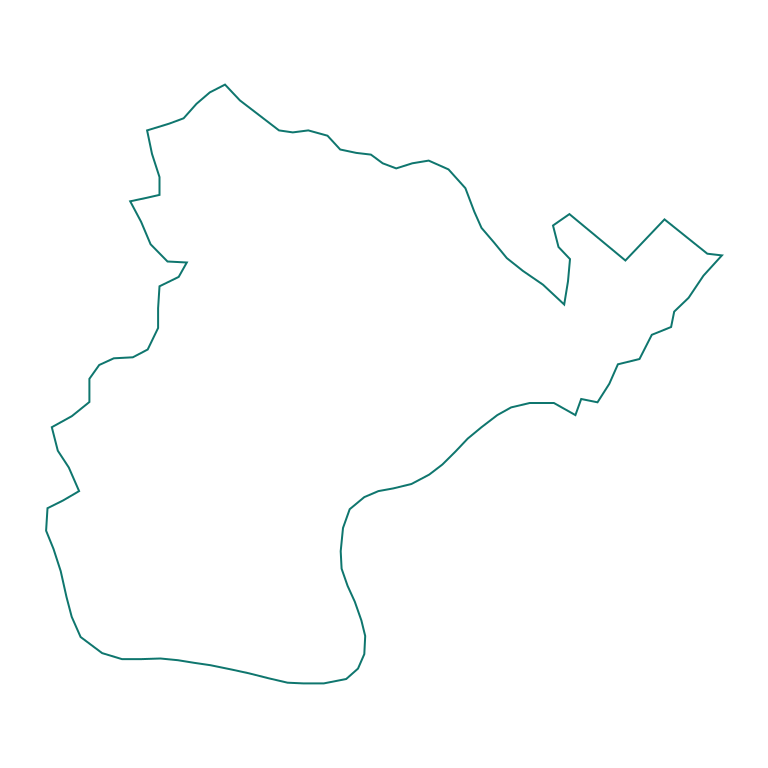 the district of Paial, Santa Catarina, Brazil
{"feature_id": "56859067B54701998113386", "entity_name": "Paial", "entity_type": "district", "adm_level": 2, "iso_a3": "BRA", "parent_name": "Brazil", "parent_adm1": "Santa Catarina", "projection": "robinson", "projection_center": [-52.484, -27.213], "detail": "fine", "context": "isolated", "style": "outline", "palette": "teal", "viewbox_px": 768, "rotation_deg": 0, "n_neighbors": 0, "source": "geoboundaries", "source_scale": "gbopen_adm2", "svg_char_len": 1524}
<svg xmlns="http://www.w3.org/2000/svg" viewBox="0 0 768 768"><path d="M46.1,530.7L53.5,548.9L60.7,571.1L66.5,597.0L71.7,616.8L80.6,637.0L102.1,653.1L121.9,659.1L142.0,659.1L160.4,658.5L177.9,660.2L194.0,662.8L210.4,665.2L231.9,669.6L248.9,673.3L268.7,678.3L287.6,682.7L303.4,683.4L323.8,683.4L346.2,679.0L358.0,668.6L364.3,654.1L365.2,636.0L361.4,620.5L354.8,601.7L347.6,585.9L341.6,568.7L340.7,551.2L343.0,528.0L349.7,509.2L364.3,497.1L378.4,491.1L393.3,488.4L411.4,484.0L429.2,474.6L442.4,464.5L455.6,451.4L467.7,438.6L481.5,427.2L497.3,415.1L511.1,407.4L529.7,403.0L553.9,403.0L575.4,415.1L581.2,399.0L597.5,402.3L609.3,383.8L617.9,364.3L639.5,359.0L651.8,334.8L671.1,327.0L674.2,311.6L688.6,297.8L703.5,275.6L721.9,255.4L707.3,253.7L687.2,237.6L664.5,219.4L625.4,260.5L569.4,214.1L553.0,225.5L558.5,247.0L570.0,259.1L568.0,281.3L564.2,304.5L543.0,284.7L522.9,270.9L506.8,258.1L494.1,242.6L481.5,227.9L474.3,211.7L465.4,188.2L448.5,169.4L428.7,160.6L412.3,163.3L396.2,168.4L382.7,163.3L370.9,154.6L356.3,152.9L340.2,149.5L327.5,135.7L308.3,130.4L292.8,132.4L279.0,130.4L239.9,100.4L225.0,84.6L209.8,92.4L196.5,103.8L183.6,118.3L169.3,123.6L147.1,130.4L152.0,153.9L159.5,177.1L159.5,194.9L146.3,197.9L130.2,201.3L141.1,221.8L150.6,244.3L167.5,261.5L186.8,262.5L178.7,276.9L159.5,286.3L158.1,308.2L158.1,328.0L147.7,349.5L132.8,357.3L113.8,358.3L99.2,365.0L89.4,378.8L89.4,402.0L71.9,416.1L51.8,427.2L57.8,450.7L68.8,467.5L79.1,491.1L63.0,500.5L47.5,508.2L46.1,530.7Z" fill="none" stroke="#0f766e" stroke-width="2"/></svg>